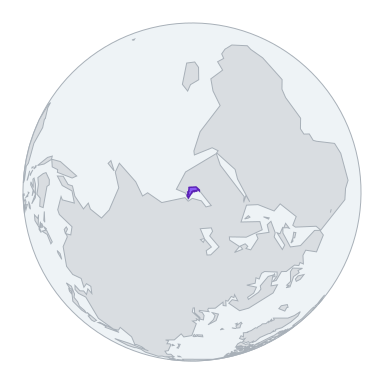 globe centered on United Arab Emirates, rotated 169°
{"feature_id": "ARE", "entity_name": "United Arab Emirates", "entity_type": "country or territory", "adm_level": 0, "iso_a3": "ARE", "parent_name": "Asia", "parent_adm1": "", "projection": "orthographic", "projection_center": [54.388, 24.345], "detail": "fine", "context": "on_globe", "style": "filled", "palette": "violet", "viewbox_px": 384, "rotation_deg": 169, "n_neighbors": 0, "source": "natural_earth", "source_scale": "50m", "svg_char_len": 11913}
<svg xmlns="http://www.w3.org/2000/svg" viewBox="0 0 384 384"><g transform="rotate(169 192 192)"><circle cx="192" cy="192" r="169" fill="#eef3f6" stroke="#a8b0b8"/><path d="M243.6,31.1L245.2,31.6L243.0,31.0L235.0,28.7L233.5,28.5L238.2,29.9L239.0,30.6L232.3,28.5L233.0,29.6L219.8,27.0L203.5,23.8L194.5,23.7L173.3,24.3L173.6,24.4L165.7,25.5L163.1,26.2L159.9,26.6L160.6,27.0L164.0,26.5L165.4,26.7L164.2,27.3L159.9,27.6L159.9,27.4L158.0,27.8L156.4,27.9L156.5,28.2L151.5,28.9L154.6,29.1L149.0,30.5L146.2,30.8L148.9,29.5L149.1,28.6L160.8,25.9L172.6,24.2L184.6,23.2L196.5,23.1L208.5,23.8L220.4,25.4L232.1,27.9L243.6,31.1ZM121.7,38.4L127.9,35.8L128.7,35.6L134.1,33.8L130.6,35.6L124.2,38.4L119.5,40.2L116.6,41.7L118.8,41.5L108.0,46.8L97.1,54.3L94.6,55.8L93.6,55.2L99.1,50.9L98.8,51.1L110.0,44.3L121.7,38.4ZM96.3,52.7L95.9,53.1L91.2,56.4L96.3,52.7ZM87.8,59.0L87.5,59.3L86.2,60.3L87.5,59.4L84.8,61.6L85.1,61.2L87.8,59.0ZM245.9,31.9L247.4,32.4L248.0,32.6L245.9,31.9ZM135.7,33.1L134.9,33.4L134.3,33.5L135.7,33.1ZM138.8,32.0L138.6,31.9L140.1,31.4L140.2,31.5L138.8,32.0ZM245.2,32.1L245.8,32.6L243.9,31.6L245.2,32.1ZM138.6,32.4L142.7,30.6L145.2,29.9L147.6,29.6L138.6,32.4ZM245.2,32.6L246.7,34.3L250.1,35.4L241.3,33.8L243.0,32.6L240.0,31.1L243.3,32.2L245.2,32.6ZM165.6,26.2L161.9,26.7L166.1,25.8L165.6,26.2ZM167.9,25.7L178.8,23.8L183.7,23.8L179.0,24.2L186.2,24.1L183.2,24.9L178.6,25.2L176.1,25.0L176.9,25.5L167.9,25.7ZM236.2,32.8L235.4,33.1L234.7,32.4L236.2,32.8ZM166.3,26.7L168.1,26.2L172.4,26.0L169.6,27.0L169.1,26.7L166.3,26.7ZM189.6,23.8L192.3,24.0L190.6,24.7L191.4,25.0L183.6,24.9L189.6,23.8ZM167.5,27.1L168.1,27.6L165.0,28.3L164.9,27.2L167.5,27.1ZM174.7,25.6L176.6,25.6L174.6,25.9L174.7,25.6ZM154.1,31.5L156.2,30.6L158.6,30.4L154.1,31.5ZM168.6,27.8L169.7,27.6L170.8,27.5L170.6,28.0L168.6,27.8ZM182.9,25.5L181.7,25.9L186.1,25.6L185.0,26.3L179.9,26.2L181.7,26.6L181.3,26.8L177.6,26.6L182.9,25.5ZM173.9,28.4L167.1,29.0L162.8,30.6L160.5,30.7L167.8,28.2L173.9,28.4ZM176.4,27.3L174.3,27.9L172.5,27.6L172.8,27.0L176.4,27.3ZM186.1,26.9L189.0,25.8L190.0,25.9L186.1,26.9ZM173.0,28.8L174.6,28.7L172.9,29.0L173.0,28.8ZM182.5,27.5L183.4,27.0L184.5,27.1L182.5,27.5ZM177.2,29.0L175.0,29.1L175.1,28.6L177.2,29.0ZM179.9,28.3L181.2,28.6L176.5,28.4L180.1,28.1L179.9,28.3ZM183.4,27.7L184.3,27.6L182.8,27.9L183.4,27.7ZM177.9,31.0L172.0,30.8L172.3,29.6L178.0,29.9L177.9,31.0ZM38.6,201.6L36.6,173.7L40.6,166.2L43.4,155.3L72.9,130.0L76.7,134.7L97.2,137.8L99.4,140.1L94.4,148.0L107.7,163.5L115.0,157.7L129.6,167.0L141.0,168.7L149.6,153.2L131.0,150.0L130.3,141.5L147.3,137.3L163.9,140.8L164.2,137.6L155.8,129.4L161.8,124.5L153.2,126.2L155.0,129.7L149.7,131.0L147.6,128.0L149.8,126.2L145.4,124.0L136.1,133.7L137.0,138.3L124.1,137.7L124.4,145.5L120.1,148.2L118.1,136.1L119.9,132.2L114.3,118.3L111.1,122.2L116.3,135.8L113.7,134.2L109.5,140.3L110.6,134.4L105.9,119.3L95.7,118.7L79.0,130.9L73.8,130.0L71.3,124.7L81.2,109.5L91.5,113.2L95.2,108.6L96.4,100.1L99.4,102.2L101.2,99.4L105.4,100.7L114.6,96.0L119.4,96.8L126.2,89.1L129.6,88.7L124.6,93.2L123.7,97.2L136.0,100.1L139.3,98.9L142.7,93.8L145.6,95.6L147.4,90.4L156.0,90.1L146.9,86.3L150.7,81.0L157.5,78.0L157.1,75.8L145.9,80.8L142.9,83.5L142.9,86.8L133.3,94.6L128.4,95.0L132.3,84.8L125.8,84.6L131.7,77.4L158.4,67.2L167.9,66.4L177.1,75.8L173.1,78.6L167.8,76.4L169.8,83.1L171.0,80.3L173.4,82.0L177.6,78.0L179.6,79.1L180.3,73.7L183.1,74.6L182.6,78.0L191.3,73.5L198.1,74.7L199.1,73.2L198.2,71.3L207.4,74.4L207.7,73.2L204.9,71.7L203.7,68.5L205.2,64.3L208.3,65.6L208.2,67.3L212.5,73.1L211.7,77.8L213.1,77.9L214.6,74.2L209.2,67.1L209.3,64.2L212.4,67.2L211.3,65.9L212.3,64.9L216.1,65.2L212.9,61.9L219.6,51.1L227.7,51.3L229.7,54.8L237.6,50.2L246.2,51.8L243.5,50.3L245.5,47.8L242.8,47.2L241.7,46.3L245.6,40.8L248.9,40.9L247.6,37.8L246.2,37.2L243.7,36.8L241.3,33.8L250.1,35.4L252.7,36.7L256.5,37.2L262.0,40.3L268.2,43.6L272.1,47.4L276.7,50.0L277.7,50.0L284.6,53.9L295.8,62.9L282.7,55.6L265.1,44.4L272.0,48.7L269.2,47.9L270.9,49.7L275.8,53.0L277.2,53.2L278.9,61.4L288.3,72.8L290.6,70.4L295.3,72.5L308.0,85.9L316.3,109.1L322.8,114.2L325.4,118.6L324.7,122.7L320.9,116.4L317.2,115.5L315.1,111.5L312.7,116.8L309.7,111.5L309.3,118.7L313.1,122.2L316.3,119.1L317.3,128.3L324.8,133.8L329.3,142.9L328.9,163.0L323.0,171.7L323.4,175.0L319.2,173.0L316.4,180.8L326.5,195.2L327.2,200.2L321.4,212.5L320.8,209.0L309.6,203.6L309.6,216.0L318.1,223.1L321.1,233.4L315.4,232.0L312.2,223.0L308.2,220.8L307.8,210.3L301.8,196.1L295.9,200.9L295.0,194.6L285.8,183.7L276.7,190.2L263.1,210.1L263.5,226.2L257.8,234.1L245.3,212.8L241.3,197.5L235.7,199.7L223.7,187.4L200.0,187.8L197.5,183.7L192.9,185.7L184.5,181.5L181.1,174.7L175.7,175.0L185.0,192.9L191.0,192.7L197.2,185.9L198.6,192.2L206.8,197.7L194.5,212.9L160.8,225.1L159.1,212.9L141.6,177.4L143.0,173.8L143.0,173.3L142.9,172.6L139.7,178.4L137.2,171.4L144.8,195.9L145.4,206.0L160.3,225.7L158.5,227.5L163.8,231.6L182.6,227.9L182.3,231.9L172.5,249.7L147.9,271.5L152.1,287.2L151.9,299.5L138.7,305.8L142.0,315.0L135.4,317.1L136.5,321.9L132.4,325.9L124.9,328.7L109.8,325.0L107.1,320.7L97.0,310.2L82.1,285.2L84.1,275.7L82.1,266.8L71.3,243.7L73.5,233.3L71.1,227.5L65.8,226.6L63.2,219.6L60.2,218.1L42.8,212.5L38.6,201.6ZM60.1,145.4L58.6,148.5L60.1,145.4ZM179.9,153.1L190.9,154.4L188.7,143.9L192.8,143.7L190.5,140.4L188.5,143.2L183.5,134.3L189.2,131.7L189.3,127.3L185.6,126.7L175.9,133.0L183.0,145.5L179.3,149.5L179.9,153.1ZM89.6,57.6L87.7,59.1L89.2,57.9L89.6,57.6ZM85.7,62.3L81.4,65.7L84.4,63.1L83.3,63.5L88.4,58.9L93.6,56.3L90.3,58.2L85.7,62.3ZM96.5,52.7L92.7,55.5L96.7,52.6L96.5,52.7ZM106.7,84.4L107.1,86.8L103.9,89.4L97.8,89.6L102.4,85.6L106.7,84.4ZM108.4,89.6L113.9,80.2L117.9,80.1L114.7,81.6L116.8,82.5L112.3,85.4L110.6,95.0L107.7,98.1L98.1,96.0L102.9,94.8L102.2,92.4L108.4,89.6ZM121.1,60.4L123.6,57.4L129.0,60.9L126.1,63.3L119.9,63.3L119.7,60.5L121.1,60.4ZM142.1,32.8L142.7,32.3L143.8,32.1L144.3,32.3L142.1,32.8ZM154.9,31.1L140.7,35.2L140.7,34.7L132.4,38.3L129.1,38.5L134.6,36.1L125.9,39.2L129.4,37.1L123.5,39.5L136.0,34.0L138.9,32.6L137.0,34.0L139.9,33.8L142.1,33.3L150.3,31.0L158.0,28.3L162.1,28.1L163.0,28.7L161.8,29.2L159.5,29.1L159.6,30.0L155.3,30.3L154.9,31.1ZM171.3,41.5L169.1,40.1L168.5,44.0L164.2,43.5L164.4,44.0L160.3,44.7L155.6,46.6L154.1,46.1L152.9,47.1L150.2,47.8L148.1,49.1L144.5,48.7L141.7,50.4L141.6,49.3L137.7,52.3L139.0,50.0L135.6,50.9L136.1,52.7L122.0,49.9L115.1,51.2L108.5,53.9L111.7,50.1L119.9,45.5L129.8,41.6L136.1,41.1L136.4,39.8L139.4,39.3L137.9,40.5L142.1,38.3L144.2,38.3L153.1,36.2L157.8,33.5L161.2,32.8L160.4,33.9L164.3,32.6L165.1,34.3L167.5,33.9L170.7,35.5L167.8,38.1L170.7,37.6L173.3,39.1L171.3,41.5ZM178.7,31.5L176.1,34.2L172.6,35.4L168.5,32.2L166.2,32.3L163.4,30.8L168.7,29.2L169.0,29.7L170.5,29.9L168.3,30.3L171.2,30.1L171.7,30.9L174.1,31.1L172.6,31.9L178.7,31.5ZM103.4,137.8L105.3,138.8L108.7,139.3L106.1,143.4L103.4,137.8ZM99.9,127.5L101.8,127.5L99.8,133.1L97.8,132.3L99.9,127.5ZM104.6,123.0L102.1,127.1L102.3,124.4L104.6,123.0ZM126.6,93.1L128.9,93.1L128.5,94.3L126.5,95.9L126.6,93.1ZM168.7,54.8L168.0,53.3L169.1,53.0L170.9,49.6L174.3,49.9L174.4,52.1L168.7,54.8ZM145.5,155.5L141.2,158.0L139.9,156.3L141.6,155.7L145.5,155.5ZM122.0,150.8L126.6,154.0L121.2,151.9L122.0,150.8ZM172.6,54.6L173.0,53.1L174.4,54.2L172.6,54.6ZM176.8,50.1L178.8,51.1L174.9,49.6L176.8,50.1ZM220.1,352.1L221.9,352.7L219.1,353.1L220.1,352.1ZM180.9,299.5L172.6,319.6L164.5,319.1L161.8,313.1L164.0,300.9L173.0,297.7L177.0,291.9L180.9,299.5ZM342.5,247.0L344.5,246.1L344.3,246.9L342.5,247.0ZM340.5,246.2L343.0,244.7L339.8,248.1L340.5,246.2ZM344.0,244.1L346.5,240.9L347.7,238.9L347.3,240.5L344.0,244.1ZM338.6,247.5L327.2,253.5L322.3,253.9L323.8,250.8L331.8,247.7L338.6,247.5ZM323.4,250.9L315.4,247.0L302.1,229.7L307.0,228.6L320.4,237.0L319.6,239.6L324.4,243.3L323.4,250.9ZM341.4,228.5L340.5,235.6L334.5,238.5L331.6,238.9L329.7,231.3L330.8,226.3L333.3,225.2L341.1,205.1L344.2,207.0L342.2,215.0L344.6,219.4L341.4,228.5ZM264.4,227.5L268.9,236.1L265.6,238.3L264.4,227.5ZM342.9,192.4L340.7,201.1L342.3,190.4L342.9,192.4ZM343.0,182.9L343.9,186.2L342.0,183.8L343.0,182.9ZM324.6,179.6L322.1,181.7L321.3,179.4L324.2,175.4L324.6,179.6ZM332.7,150.7L335.2,157.7L335.5,160.3L333.2,156.7L332.7,150.7ZM201.6,58.6L195.3,62.6L192.9,66.4L195.1,69.7L189.3,67.1L192.9,61.2L201.6,58.6ZM217.0,51.8L215.1,49.4L217.7,49.6L218.5,50.2L217.0,51.8ZM214.6,50.9L209.0,49.6L209.0,47.8L213.5,49.1L214.6,50.9ZM190.6,51.3L188.5,52.4L187.4,51.4L190.6,51.3ZM328.1,292.2L315.9,305.8L313.8,306.8L317.5,302.2L322.0,292.0L323.0,291.6L326.3,283.7L337.9,270.0L347.1,251.5L349.8,248.9L354.1,236.0L355.8,233.0L353.2,242.2L353.2,242.7L348.4,255.8L342.7,268.5L335.8,280.6L328.1,292.2ZM347.3,243.8L350.6,236.4L351.8,234.7L347.3,243.8ZM358.5,220.7L358.0,222.6L358.7,218.5L359.1,214.3L357.2,216.8L356.8,214.5L357.9,210.9L356.0,211.2L358.2,206.7L358.6,211.8L359.6,205.0L360.5,203.1L360.6,202.6L358.5,220.7ZM357.3,220.8L357.6,220.3L357.1,222.7L357.3,220.8ZM353.0,221.2L352.8,223.1L352.1,222.5L353.0,221.2ZM354.0,219.1L355.9,218.6L353.7,220.8L354.0,219.1ZM346.1,219.9L347.0,223.5L349.7,218.7L347.6,224.2L349.0,229.7L348.2,232.8L346.9,226.7L345.7,235.0L344.4,235.8L344.2,229.6L345.7,220.5L346.9,216.3L351.6,211.0L346.1,219.9ZM354.2,213.9L353.6,209.6L353.9,205.9L354.6,207.8L354.2,213.9ZM351.0,199.6L348.5,195.5L346.9,199.1L349.5,188.2L351.6,193.9L351.0,199.6ZM347.8,188.4L346.4,191.8L347.4,185.7L347.8,188.4ZM345.6,190.2L344.7,186.4L346.2,185.8L345.6,190.2ZM348.7,187.9L347.8,180.9L349.2,184.3L348.7,187.9ZM342.3,178.0L346.7,182.2L342.1,182.4L338.7,169.7L340.4,168.1L342.3,178.0ZM331.4,120.4L329.2,117.3L329.8,115.3L331.2,118.0L331.4,120.4ZM329.8,107.5L329.3,113.9L328.4,119.6L330.2,120.3L332.7,126.8L328.4,122.5L326.8,114.3L327.9,111.1L325.2,106.1L324.3,101.5L320.0,96.1L318.6,93.0L322.8,97.1L329.8,107.5ZM318.0,93.9L310.2,84.2L312.7,83.5L315.0,85.5L317.5,90.1L316.1,90.1L318.0,93.9ZM309.1,81.8L307.5,81.8L292.9,70.5L290.4,68.1L302.9,75.7L302.1,76.2L305.3,79.3L309.1,81.8ZM237.2,33.6L235.5,33.1L237.1,33.3L237.2,33.6ZM240.2,46.1L238.9,44.9L240.8,44.9L240.2,46.1ZM236.4,41.9L235.2,42.7L235.2,41.3L236.4,41.9ZM232.7,44.7L234.1,42.7L234.6,45.4L232.7,44.7Z" fill="#d9dde1" stroke="#a8b0b8" stroke-width="1"/><path d="M197.1,188.1L197.3,188.4L197.3,190.0L197.1,190.2L197.0,190.4L196.9,190.5L196.7,190.6L196.6,190.8L196.3,190.6L196.2,190.5L196.3,190.4L196.3,190.2L196.2,190.1L195.8,190.3L195.8,190.7L195.8,191.0L195.7,191.3L195.7,191.6L195.8,191.7L195.8,191.9L195.8,192.0L195.7,192.3L195.8,192.3L196.1,192.4L196.2,192.6L196.3,192.7L196.3,192.8L196.1,192.9L195.7,192.9L195.1,193.0L194.9,193.2L195.0,193.3L195.1,193.5L195.0,193.8L194.9,194.1L194.8,194.4L194.6,194.8L194.4,195.4L194.2,195.9L194.2,196.2L194.2,196.4L194.2,196.8L194.0,197.1L193.9,197.1L193.7,197.0L193.1,197.0L192.7,196.9L192.2,196.9L191.7,196.8L191.1,196.7L190.5,196.6L189.9,196.5L189.3,196.5L188.8,196.4L188.3,196.3L187.8,196.3L187.5,196.2L187.3,196.2L187.0,196.1L186.9,196.0L186.8,195.8L186.6,195.6L186.5,195.4L186.3,195.2L186.2,195.0L186.0,194.8L185.9,194.6L185.7,194.4L185.6,194.2L185.4,194.0L185.3,193.8L185.2,193.6L185.0,193.4L184.9,193.2L184.7,193.0L184.6,192.8L184.5,192.7L184.4,192.6L184.4,192.2L184.5,191.9L184.6,192.1L184.9,192.2L185.0,192.2L185.0,192.7L185.1,192.9L185.3,193.0L185.9,193.1L186.2,193.0L186.9,192.7L187.3,192.5L188.3,192.6L189.2,192.7L190.4,192.8L190.7,192.8L191.4,192.5L191.8,192.3L192.0,192.2L192.3,191.7L192.5,191.4L192.6,191.2L192.7,190.9L193.0,190.6L193.9,189.9L194.4,189.4L194.5,189.2L194.8,188.9L195.0,188.6L196.1,187.7L196.3,187.3L196.5,186.9L196.7,187.3L196.7,187.5L196.7,187.8L196.7,188.0L196.8,188.1L197.0,188.2L197.1,188.1ZM197.1,189.3L197.1,189.2L196.9,189.1L196.9,189.4L197.1,189.3ZM190.8,192.5L190.5,192.6L190.4,192.6L190.2,192.6L190.1,192.4L190.5,192.3L190.8,192.5ZM189.2,192.2L189.0,192.3L188.8,192.1L189.2,192.0L189.3,191.9L189.5,191.9L189.4,192.1L189.2,192.2ZM192.2,191.7L192.2,191.8L191.9,191.7L192.0,191.5L192.2,191.7ZM187.2,192.1L187.2,191.9L187.3,191.9L187.4,192.0L187.2,192.1Z" fill="#8b5cf6" stroke="#5b21b6" stroke-width="1.5"/></g></svg>